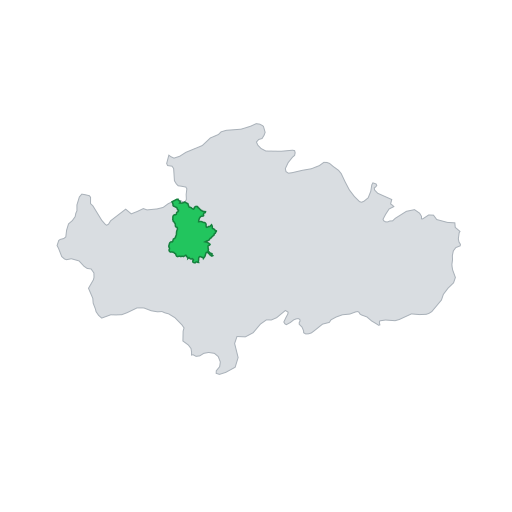 Rasinski highlighted on a map of Republic of Serbia, rotated 123°
{"feature_id": "SRB-833", "entity_name": "Rasinski", "entity_type": "District", "adm_level": 1, "iso_a3": "SRB", "parent_name": "Republic of Serbia", "parent_adm1": "", "projection": "mercator", "projection_center": [21.143, 43.49], "detail": "fine", "context": "in_parent", "style": "filled", "palette": "green", "viewbox_px": 512, "rotation_deg": 123, "n_neighbors": 0, "source": "natural_earth", "source_scale": "10m", "svg_char_len": 8957}
<svg xmlns="http://www.w3.org/2000/svg" viewBox="0 0 512 512"><g transform="rotate(123 256 256)"><path d="M285.7,201.7L296.5,205.1L301.3,208.3L303.9,212.5L310.7,215.2L321.9,216.6L329.6,220.9L333.9,228.1L341.0,226.3L350.9,215.7L360.6,212.9L370.1,218.0L375.2,222.2L376.1,225.5L373.9,226.8L368.6,226.2L364.3,228.2L360.9,232.9L360.3,237.9L362.7,243.2L366.1,246.8L370.4,248.8L372.8,251.6L373.1,255.1L374.2,256.1L371.7,257.7L369.0,260.1L367.5,264.2L367.1,271.0L358.7,276.2L355.5,277.2L354.1,280.6L351.9,290.4L352.1,297.8L353.3,301.5L353.8,304.6L356.5,308.3L359.0,314.1L360.6,321.7L364.3,327.5L373.7,333.2L378.3,336.6L381.7,341.4L384.4,345.8L392.1,351.6L391.5,355.7L389.8,359.8L388.0,361.7L384.2,366.9L380.4,369.8L374.3,378.9L364.5,379.4L362.2,380.2L358.5,382.7L356.7,387.2L358.4,390.9L358.3,394.6L356.5,401.8L358.9,409.4L362.3,412.9L362.8,415.0L362.3,418.6L357.1,425.8L355.6,428.5L350.4,429.9L348.7,429.2L346.0,426.7L343.6,425.9L337.5,428.9L331.2,430.7L326.3,429.3L321.5,429.1L318.2,430.4L315.6,430.8L310.7,434.0L302.7,436.3L299.0,435.8L297.7,432.8L296.2,428.6L296.9,426.7L302.2,423.3L302.8,420.1L310.1,404.8L311.5,399.8L311.6,398.1L309.7,397.0L305.6,397.1L287.7,390.8L288.6,383.6L283.3,379.8L277.6,376.3L276.7,372.5L270.4,364.6L265.8,360.3L259.9,358.1L254.9,354.9L251.8,352.9L250.5,349.2L250.5,347.1L248.9,345.0L246.5,345.2L242.4,348.1L237.3,350.6L236.4,352.4L238.2,356.8L239.5,359.5L238.9,362.1L237.3,365.4L227.5,372.7L226.4,375.3L228.3,379.4L227.1,381.3L218.9,384.0L219.1,381.7L218.6,378.1L213.9,374.3L207.3,371.3L192.6,361.2L186.9,359.8L181.9,358.6L174.6,353.7L170.9,352.9L166.8,349.4L157.8,337.6L150.1,331.2L144.9,327.9L143.4,324.7L143.1,321.5L143.3,320.3L147.3,315.7L150.3,315.0L154.2,314.9L156.8,317.2L160.2,317.7L162.1,314.7L163.1,310.4L162.6,304.9L154.5,292.0L147.4,283.0L146.6,281.0L148.1,279.4L150.6,278.4L153.2,279.2L160.1,279.9L166.7,279.0L168.9,276.8L168.9,273.9L166.5,271.1L158.8,263.7L152.8,257.2L145.7,252.1L140.5,250.1L139.0,247.6L138.3,244.8L138.9,239.8L139.2,233.4L140.5,229.4L145.2,221.8L149.7,213.8L152.5,206.0L154.0,198.8L153.4,196.7L151.1,195.2L146.1,193.6L139.2,195.0L133.3,197.6L131.0,197.8L130.2,194.5L131.1,193.1L133.0,193.3L134.5,193.9L136.1,192.4L137.1,188.1L134.7,172.9L139.0,171.5L139.1,169.3L139.5,167.3L144.1,170.0L150.4,170.0L156.0,169.5L156.9,168.0L156.8,165.8L155.7,164.1L153.7,162.8L152.2,160.6L148.5,159.7L136.6,154.2L130.8,148.3L131.0,142.1L132.7,138.7L134.7,137.5L134.1,136.4L127.5,133.5L125.1,129.4L127.0,124.3L123.6,113.8L119.9,107.3L123.5,104.5L124.0,100.5L124.3,98.3L125.8,98.3L131.5,95.6L133.7,93.4L134.9,90.9L136.3,90.3L140.1,93.0L144.2,93.3L148.8,91.5L152.2,89.1L156.4,87.1L158.2,85.7L160.6,83.5L165.4,77.1L170.9,75.7L178.2,77.4L186.1,78.0L191.9,76.5L206.9,78.3L210.1,79.8L212.2,81.5L216.1,87.0L219.9,94.1L225.1,97.4L231.3,101.3L234.5,104.1L239.2,112.6L242.9,116.8L244.2,116.6L245.4,115.5L246.3,114.6L247.3,115.4L247.3,118.0L247.5,123.7L246.7,129.8L248.0,135.5L248.0,137.3L247.1,138.9L247.2,140.4L248.5,141.9L253.6,145.7L258.2,151.5L263.6,155.6L268.6,158.3L271.8,158.4L276.9,163.1L287.2,166.5L290.4,167.7L292.7,169.6L294.3,171.9L294.4,174.2L292.8,175.4L290.6,178.6L289.7,182.6L288.1,183.6L286.5,183.6L285.3,184.8L285.5,186.5L286.9,188.1L289.0,189.6L293.1,191.0L297.1,193.2L297.1,194.9L296.2,196.7L291.1,197.4L287.3,197.7L285.6,198.5L285.7,201.7Z" fill="#d9dde1" stroke="#a8b0b8" stroke-width="1"/><path d="M253.2,348.9L252.5,347.7L252.1,347.1L251.4,346.4L250.2,345.3L249.5,345.1L249.5,344.7L249.4,344.0L249.4,343.8L249.5,343.2L249.5,342.8L249.2,342.1L249.2,341.9L249.2,341.7L249.4,341.4L249.5,341.2L250.0,340.8L250.1,340.7L250.3,340.2L250.5,340.0L250.9,339.5L251.1,339.3L251.3,338.9L251.4,338.6L251.4,338.4L251.1,338.0L251.0,337.8L250.9,337.6L250.8,336.7L250.8,336.4L251.0,336.1L251.0,335.8L250.9,335.0L250.8,334.0L250.1,333.7L249.9,333.7L249.5,333.8L249.0,334.1L248.8,334.1L248.5,334.1L248.3,334.0L247.1,333.4L246.9,333.1L246.7,332.6L246.4,332.1L246.4,331.8L246.5,331.6L246.9,331.3L247.0,331.0L247.0,330.8L246.9,330.4L246.9,330.2L247.2,329.0L247.4,328.2L247.4,327.9L247.7,327.4L247.7,327.2L247.4,326.5L247.3,326.3L247.3,326.2L247.6,325.7L247.7,325.4L247.6,325.1L247.5,324.9L247.0,324.1L246.7,323.2L246.3,322.5L246.8,322.3L247.2,322.2L247.5,322.3L248.0,322.8L248.3,323.0L248.5,323.0L249.3,322.9L249.8,322.8L249.9,322.6L250.4,322.1L250.5,322.0L250.9,321.9L251.1,322.0L251.3,322.2L251.8,322.7L252.0,322.9L252.2,323.3L252.5,323.5L252.9,323.7L253.3,323.9L254.0,324.0L255.2,324.0L256.2,323.7L256.7,323.7L256.9,323.6L257.6,323.2L258.5,322.8L257.5,321.6L257.3,321.4L257.1,320.9L256.8,320.4L256.7,320.2L256.7,319.7L256.7,319.3L256.5,318.5L256.4,318.1L256.0,317.5L255.9,317.3L255.9,316.8L255.9,316.6L256.0,316.2L256.2,315.7L256.5,315.3L256.9,314.9L257.7,314.5L257.9,314.3L258.8,313.4L258.9,313.1L258.8,312.9L258.6,312.8L257.9,312.1L257.3,311.9L257.0,311.8L256.8,311.5L256.6,311.0L256.5,310.8L256.4,310.7L256.1,310.6L255.4,310.6L254.0,310.3L254.3,309.8L254.6,309.3L254.8,309.0L255.1,308.7L255.9,308.1L256.5,307.7L256.6,307.4L256.4,306.6L256.3,306.1L256.3,305.6L256.4,305.1L256.4,304.9L256.8,304.3L256.8,304.1L256.9,303.9L256.9,303.7L256.5,303.1L256.5,302.9L256.9,302.7L257.2,303.0L257.7,303.0L257.8,303.0L258.0,302.7L259.2,302.6L259.8,302.9L260.3,303.1L260.5,303.0L260.8,302.8L261.1,302.7L261.4,302.6L261.5,302.7L261.9,302.8L262.9,303.1L263.4,303.3L263.9,303.4L264.9,303.4L265.3,303.5L266.0,304.0L266.3,304.0L267.1,304.1L268.0,304.0L268.3,304.1L268.7,304.4L269.3,304.7L269.5,304.8L269.8,305.2L270.0,305.4L271.8,306.4L271.2,304.8L271.1,304.2L271.1,303.9L271.1,303.5L271.0,303.0L271.0,302.6L271.0,302.3L271.2,301.9L271.2,301.7L271.2,301.3L271.2,301.1L271.2,300.9L271.3,300.8L271.6,300.8L272.2,300.9L272.6,301.1L273.1,301.6L273.5,301.7L274.0,301.6L274.6,301.1L275.6,300.4L275.9,300.1L276.2,299.6L276.5,299.4L277.2,299.3L277.6,299.0L277.8,298.9L277.9,298.7L278.1,297.7L278.3,297.0L278.4,296.5L278.4,296.0L278.4,295.5L278.3,295.3L278.0,294.2L278.9,293.7L279.0,293.6L279.0,293.4L279.2,292.4L280.0,292.9L280.2,293.2L280.3,293.4L280.3,293.5L280.1,293.9L280.0,294.2L280.1,294.9L280.1,295.3L280.1,295.5L279.6,296.5L279.7,297.3L279.6,297.7L279.5,297.9L279.3,298.3L279.2,298.6L279.3,299.0L279.6,299.3L280.2,299.6L280.5,299.6L281.9,299.3L283.1,298.9L284.0,298.7L284.5,298.6L285.0,298.8L285.1,298.7L286.7,298.8L286.2,299.3L286.9,302.6L287.3,303.0L288.4,303.1L288.9,303.0L289.1,302.9L289.8,302.4L290.4,302.1L290.8,302.0L291.4,301.5L291.6,301.5L291.9,301.5L292.2,301.4L292.5,301.1L292.7,300.7L293.0,301.2L293.1,301.5L293.2,302.5L293.4,302.7L293.5,302.8L293.9,303.1L294.7,303.2L294.9,303.4L295.0,303.5L295.4,304.5L295.5,305.3L295.5,305.5L295.4,305.7L295.1,306.0L294.6,306.3L294.4,306.4L294.2,306.4L293.7,306.2L293.3,306.3L293.2,306.4L293.1,306.6L293.0,308.1L293.4,308.1L293.8,308.7L294.1,309.4L294.1,310.2L293.8,311.2L294.3,311.3L294.6,311.5L294.8,311.7L295.2,311.8L294.8,312.0L294.6,312.2L294.4,312.5L294.3,313.0L294.3,314.0L293.6,314.5L293.5,314.8L293.5,315.0L293.7,315.5L294.7,315.9L295.4,316.3L295.9,316.4L296.1,316.9L296.3,317.7L296.4,317.9L296.6,318.1L297.2,318.5L297.4,318.6L297.5,318.9L297.5,319.1L297.5,319.5L297.6,319.9L298.1,320.3L298.5,320.8L299.2,321.4L299.3,321.7L299.3,321.9L299.4,322.3L299.3,322.5L299.2,322.8L299.2,323.0L298.8,323.5L298.6,323.9L298.1,324.4L298.0,324.7L297.9,324.8L298.1,325.7L298.1,325.9L298.0,326.1L297.7,326.8L297.7,327.0L297.8,327.1L298.1,327.7L298.3,328.5L298.8,329.3L299.2,329.7L299.3,330.0L299.3,330.6L299.3,330.8L299.3,331.0L299.2,331.2L298.5,332.1L298.4,332.2L298.2,332.3L297.4,332.3L297.0,332.5L296.3,333.1L296.1,333.4L295.9,334.0L295.7,334.2L295.3,334.4L294.6,334.8L293.7,335.0L292.9,335.3L292.5,335.4L291.9,335.5L291.5,335.4L290.6,335.1L290.3,334.9L290.0,334.2L289.9,334.1L289.7,333.9L289.4,333.8L289.0,333.8L288.8,333.9L288.6,334.0L287.8,334.2L286.8,334.5L286.7,334.4L286.4,334.3L285.9,334.1L285.6,333.9L284.7,333.7L284.4,333.6L284.2,333.7L283.4,334.1L283.0,334.1L282.0,334.2L281.6,334.3L281.1,334.6L279.7,335.4L278.5,336.0L278.2,336.1L277.5,336.2L276.1,336.6L276.0,336.8L275.3,337.2L275.2,337.4L275.1,337.6L275.0,337.9L275.0,338.1L275.2,338.6L275.2,338.8L275.2,339.3L275.0,339.6L274.8,339.9L274.2,340.3L273.8,340.7L273.1,341.1L272.9,341.3L272.8,341.5L272.6,342.4L272.1,343.1L272.0,343.4L272.0,344.1L272.0,344.3L271.9,344.4L271.4,344.7L271.3,344.8L271.0,345.4L270.9,345.6L270.7,345.7L269.7,346.2L269.0,346.7L268.3,347.1L267.8,347.2L267.3,347.3L266.8,347.3L266.4,347.1L265.9,346.8L265.7,346.7L265.6,346.3L265.4,346.1L264.4,345.5L264.2,345.6L263.6,345.9L263.1,346.1L262.8,346.2L262.6,346.2L262.1,346.0L261.2,345.5L260.2,345.8L259.9,345.9L259.8,346.0L259.9,346.7L259.9,346.9L259.8,347.1L259.4,347.6L258.8,348.3L258.7,348.5L258.7,348.8L258.6,349.3L258.7,349.7L258.8,350.5L258.9,351.8L259.0,352.1L259.1,352.4L259.1,352.5L258.6,353.3L258.4,353.5L257.8,353.7L257.6,353.9L257.5,354.1L257.2,354.6L256.8,355.0L256.5,355.7L256.3,356.0L251.4,353.2L251.0,352.4L251.3,352.4L251.5,351.2L251.6,349.9L251.5,349.4L252.3,348.7L253.0,348.9L253.2,348.9Z" fill="#22c55e" stroke="#15803d" stroke-width="1.5"/></g></svg>